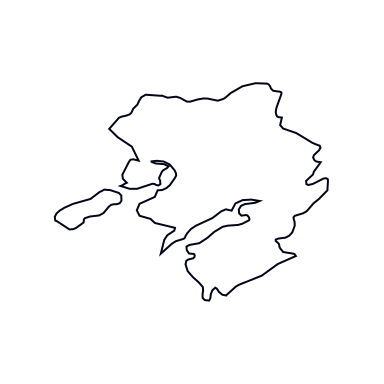 an SVG outline of Lääne, rotated 333°
{"feature_id": "EST-1661", "entity_name": "Lääne", "entity_type": "County", "adm_level": 1, "iso_a3": "EST", "parent_name": "Estonia", "parent_adm1": "", "projection": "equal_earth", "projection_center": [23.689, 58.901], "detail": "fine", "context": "isolated", "style": "outline", "palette": "ink", "viewbox_px": 384, "rotation_deg": 333, "n_neighbors": 0, "source": "natural_earth", "source_scale": "10m", "svg_char_len": 3074}
<svg xmlns="http://www.w3.org/2000/svg" viewBox="0 0 384 384"><g transform="rotate(333 192 192)"><path d="M175.5,299.7L175.2,299.5L172.4,297.3L170.6,293.1L170.3,289.6L169.3,287.8L165.5,288.8L162.2,291.8L160.1,295.0L158.0,296.5L154.3,294.1L153.4,291.2L155.0,287.9L157.3,284.6L158.5,281.6L157.1,275.9L154.2,268.4L152.2,260.5L153.4,253.5L155.6,250.8L157.7,250.4L163.0,251.6L164.8,250.9L165.7,249.5L165.6,248.1L161.5,245.5L160.9,241.5L162.3,238.1L165.6,238.0L175.2,240.9L184.6,239.9L194.0,237.6L203.6,236.9L208.5,238.2L218.2,242.3L222.4,243.1L230.1,243.1L230.9,242.2L231.2,240.0L230.7,237.9L229.3,236.9L225.3,235.5L224.3,232.3L225.8,228.8L229.4,226.6L233.6,226.8L243.4,230.3L248.2,230.7L241.4,225.7L233.4,222.2L225.5,221.9L218.8,226.6L214.3,222.8L209.1,222.5L198.4,224.5L180.0,223.8L174.2,224.5L169.2,226.5L166.6,228.0L164.8,229.6L163.2,229.9L155.2,228.5L150.4,229.0L136.2,232.8L145.6,222.0L150.4,219.3L158.7,218.4L160.6,216.2L144.9,202.8L142.8,197.1L134.5,189.4L134.5,183.3L139.9,178.7L156.6,179.5L162.1,174.9L166.4,176.7L170.9,176.9L175.3,175.9L183.4,171.6L185.4,170.1L186.2,168.1L186.3,164.5L184.6,157.3L180.6,152.0L175.1,148.4L169.1,146.0L172.3,149.9L179.7,154.5L182.8,158.5L180.7,159.3L176.1,159.6L174.3,160.3L169.1,164.5L168.8,165.5L168.8,167.3L167.4,170.6L165.0,170.9L163.4,169.6L162.1,167.7L160.5,166.7L144.4,164.2L137.7,160.7L131.1,154.2L132.8,154.4L136.4,154.1L138.1,154.2L136.4,148.8L137.8,145.0L149.2,136.7L151.8,135.3L154.5,136.2L158.7,139.8L159.0,124.3L150.7,109.5L146.9,98.2L160.6,92.7L163.4,92.9L168.7,94.2L171.7,94.5L173.9,93.9L177.5,91.1L183.1,89.3L186.2,86.8L189.8,84.6L194.9,84.3L208.2,92.3L208.9,92.4L209.0,92.6L213.1,96.9L221.1,99.9L224.1,102.7L228.4,109.0L231.1,110.6L239.0,112.1L244.5,113.8L248.1,115.7L256.5,122.4L262.4,123.3L265.0,123.0L271.5,121.4L285.0,120.7L298.0,123.9L308.4,129.7L309.2,131.2L309.6,133.4L309.3,135.6L310.2,138.5L312.8,140.5L315.6,142.3L316.7,143.5L316.7,144.4L315.9,145.5L306.1,154.7L304.6,156.4L302.9,158.8L302.1,161.7L302.1,163.1L303.0,164.5L305.9,166.5L300.9,172.4L302.0,176.8L311.7,186.9L321.5,202.7L324.3,206.1L326.8,208.7L326.5,211.0L324.1,212.5L317.4,214.5L315.6,216.2L315.5,219.1L316.5,221.2L320.2,223.9L309.7,229.3L307.8,231.3L298.7,233.9L297.5,237.0L298.9,238.6L303.5,239.7L315.3,239.7L317.9,240.7L318.8,242.2L318.1,244.0L313.4,252.0L301.7,255.9L295.1,257.3L285.5,261.2L281.3,261.4L272.9,259.9L271.0,260.6L270.3,262.5L269.8,265.3L268.2,268.7L263.0,273.5L258.8,275.1L254.5,275.1L247.8,272.7L245.0,272.4L244.4,273.6L245.0,275.2L245.5,276.4L245.8,277.5L245.7,278.7L245.0,280.5L245.0,282.3L246.0,286.9L254.4,293.0L255.2,293.9L255.5,296.2L235.7,295.1L216.3,298.2L192.0,296.0L188.1,296.2L175.8,299.5L175.6,299.6L175.5,299.7ZM120.0,153.2L126.4,159.6L127.4,163.0L125.2,167.7L122.5,169.2L119.5,168.7L116.5,167.3L113.9,166.7L111.3,167.3L103.6,170.6L98.5,170.7L89.9,167.5L84.6,166.7L83.2,167.3L82.5,168.7L81.4,170.0L72.2,171.4L69.5,171.2L65.8,169.7L58.6,157.0L57.2,155.3L58.5,151.8L61.6,149.6L65.8,148.5L71.3,148.1L80.8,148.6L98.4,152.1L109.4,150.1L115.0,150.1L120.0,153.2Z" fill="none" stroke="#020617" stroke-width="2"/></g></svg>